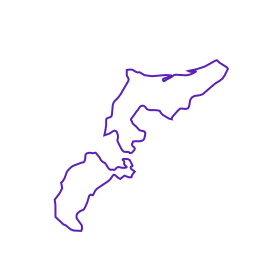 SVG path tracing the border of Ras Al Khaymah, rotated 47°
{"feature_id": "ARE-338", "entity_name": "Ras Al Khaymah", "entity_type": "Emirate", "adm_level": 1, "iso_a3": "ARE", "parent_name": "United Arab Emirates", "parent_adm1": "", "projection": "mercator", "projection_center": [56.062, 25.448], "detail": "fine", "context": "isolated", "style": "outline", "palette": "violet", "viewbox_px": 256, "rotation_deg": 47, "n_neighbors": 0, "source": "natural_earth", "source_scale": "10m", "svg_char_len": 3443}
<svg xmlns="http://www.w3.org/2000/svg" viewBox="0 0 256 256"><g transform="rotate(47 128 128)"><path d="M151.1,14.3L152.9,14.6L155.5,21.6L156.3,25.3L156.0,28.6L154.9,34.0L154.2,50.4L153.1,53.0L150.0,57.4L149.2,60.2L149.9,63.3L153.7,68.4L154.5,70.6L153.3,73.0L151.2,74.7L149.4,76.6L149.3,79.7L150.1,87.8L151.0,90.0L151.3,90.1L149.1,91.6L142.2,93.6L140.0,93.7L138.5,93.5L137.6,93.1L136.8,93.3L135.9,93.9L133.9,95.5L129.9,99.8L128.1,100.8L126.7,101.3L125.7,101.2L124.4,101.0L122.7,101.3L121.4,102.3L120.8,103.5L120.7,104.9L121.6,108.6L121.6,110.0L122.9,115.9L123.3,118.9L123.5,119.6L123.8,120.1L124.5,120.4L126.0,120.7L126.5,120.9L127.6,121.4L128.2,121.5L133.2,121.0L136.7,121.1L137.8,120.9L138.7,120.4L140.9,118.8L141.0,118.7L141.3,118.6L142.0,118.4L142.7,118.5L143.2,118.6L143.4,118.7L143.4,118.8L143.5,118.8L144.2,119.5L146.3,122.4L146.9,123.5L147.2,125.0L146.8,126.6L145.9,128.2L141.9,132.6L141.4,133.3L141.3,133.7L141.6,134.1L141.7,134.3L142.0,134.7L142.2,135.1L142.3,135.7L142.6,136.2L143.2,136.6L144.1,136.9L145.2,136.9L146.4,136.6L147.6,137.0L148.4,138.2L148.7,141.9L148.1,143.3L147.4,143.9L146.4,143.8L145.6,144.2L144.4,145.6L143.4,146.5L142.2,147.2L140.7,147.4L139.0,147.2L131.0,144.8L129.9,144.2L129.1,143.3L128.4,142.2L127.8,141.4L126.5,140.4L123.0,138.8L121.9,139.0L120.7,139.7L120.1,141.4L119.4,145.5L117.2,150.3L114.5,146.4L111.1,142.1L106.8,138.1L106.6,136.6L107.2,135.2L108.0,133.8L108.1,132.0L107.0,130.3L100.9,123.6L99.7,121.4L99.2,119.6L99.2,119.0L99.2,117.2L99.0,114.3L98.3,110.5L93.9,95.9L93.0,94.5L91.8,93.8L90.2,93.4L88.9,93.2L84.9,89.5L84.8,89.4L84.7,89.3L87.0,86.2L88.8,84.8L90.2,84.6L92.3,83.9L94.1,83.0L94.9,81.7L95.7,81.3L100.5,80.0L106.4,75.2L115.3,63.9L119.7,60.0L118.7,61.7L117.7,65.4L116.0,68.6L116.7,69.7L117.9,70.0L118.5,69.4L118.9,66.7L120.4,61.5L120.7,58.1L121.8,56.5L128.7,50.0L130.1,48.1L131.3,46.0L132.3,43.4L133.0,40.0L131.9,40.0L131.3,41.7L130.3,43.2L129.1,44.2L127.5,44.9L131.8,37.7L135.4,30.0L138.3,18.4L139.0,16.8L142.8,16.5L151.1,14.3ZM164.5,152.8L164.9,155.7L165.4,157.5L166.4,159.0L164.8,160.9L160.4,163.1L160.0,167.6L160.1,168.3L158.1,169.1L153.5,169.6L152.5,170.2L152.4,171.5L153.3,175.2L153.4,177.3L153.3,179.3L151.4,190.7L151.3,192.9L151.5,194.5L151.9,195.9L152.4,197.1L153.2,199.6L151.3,200.7L151.1,201.6L151.2,202.8L154.4,208.1L156.6,213.1L157.3,215.3L157.3,216.7L156.8,217.8L156.2,219.6L155.9,223.3L156.8,225.2L158.2,226.6L159.7,227.2L167.7,228.2L170.5,230.4L171.2,232.3L171.3,232.4L165.9,237.7L162.9,239.1L156.8,239.9L154.4,241.0L143.6,241.7L134.6,233.4L130.4,230.5L129.1,222.5L127.2,217.2L122.8,214.4L122.4,214.3L122.5,212.5L121.5,208.7L118.7,203.2L118.1,201.4L117.9,198.6L117.9,196.4L118.2,194.1L121.8,185.3L122.8,183.8L122.8,183.0L122.2,181.7L121.4,180.4L119.3,178.2L118.6,177.2L118.5,176.3L118.4,175.5L119.9,172.9L122.3,171.1L124.0,168.5L130.2,168.9L132.7,169.7L134.7,169.7L136.1,169.4L137.7,168.8L139.2,168.8L144.1,169.8L145.8,169.6L146.9,169.1L147.3,168.3L147.7,167.8L148.7,167.2L149.2,166.6L149.5,165.8L149.5,164.9L149.3,163.9L149.5,162.7L150.2,161.4L152.9,159.6L154.0,158.5L154.9,157.6L155.7,156.1L155.7,155.9L155.7,155.7L155.4,155.5L153.2,155.7L152.5,155.6L152.0,155.5L151.5,155.3L151.2,155.0L150.4,153.9L149.7,153.6L148.9,153.5L147.8,153.7L147.4,153.3L147.5,152.4L149.7,150.1L151.0,149.2L152.3,148.7L152.9,148.7L158.2,150.2L158.7,150.5L158.9,150.9L158.7,151.4L158.4,151.9L158.4,152.5L158.6,153.0L160.0,153.6L164.5,152.8Z" fill="none" stroke="#5b21b6" stroke-width="2"/></g></svg>